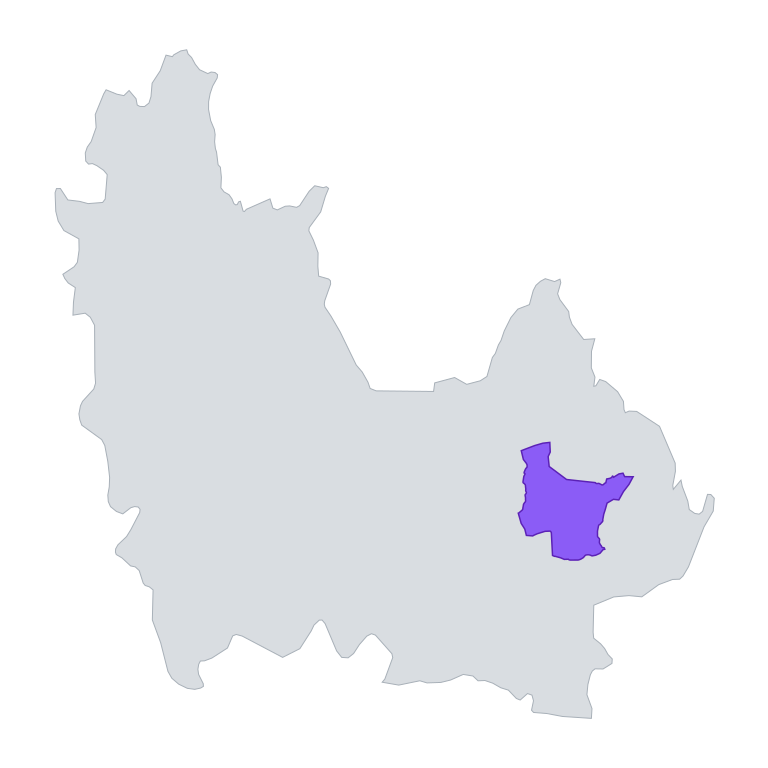 location of Télimélé within Guinea, rotated 181°
{"feature_id": "GIN-5660", "entity_name": "Télimélé", "entity_type": "Prefecture", "adm_level": 1, "iso_a3": "GIN", "parent_name": "Guinea", "parent_adm1": "", "projection": "equal_earth", "projection_center": [-13.393, 10.882], "detail": "fine", "context": "in_parent", "style": "filled", "palette": "violet", "viewbox_px": 768, "rotation_deg": 181, "n_neighbors": 0, "source": "natural_earth", "source_scale": "10m", "svg_char_len": 5791}
<svg xmlns="http://www.w3.org/2000/svg" viewBox="0 0 768 768"><g transform="rotate(181 384 384)"><path d="M481.4,560.4L474.5,559.1L471.4,560.9L462.2,575.4L456.7,581.0L448.1,579.2L445.1,580.3L442.8,578.6L445.9,570.7L450.3,555.0L461.5,539.1L461.8,535.8L457.1,526.6L452.2,514.0L452.2,500.5L451.2,490.7L441.2,488.0L439.4,486.3L439.1,483.0L444.7,466.2L445.1,462.8L444.4,459.8L438.3,451.1L428.7,435.2L412.1,402.5L406.0,395.6L400.1,385.6L397.8,379.3L391.7,377.0L334.3,377.4L333.3,386.0L313.5,391.7L301.3,385.1L287.8,388.9L281.2,393.3L276.1,412.4L273.2,416.5L270.3,425.0L267.7,429.7L264.7,439.1L258.3,452.6L251.5,461.2L240.0,465.9L236.4,480.1L233.8,485.3L229.4,489.4L224.6,492.1L215.2,489.4L209.9,491.9L209.0,488.4L212.0,477.2L209.6,471.4L200.6,459.7L199.8,454.1L197.0,446.9L185.1,432.0L174.0,432.9L177.1,420.4L177.0,403.7L173.2,394.6L174.2,385.4L172.1,385.9L168.4,392.3L162.4,390.3L150.3,380.4L144.3,370.8L143.6,362.6L142.2,359.5L138.5,361.2L130.9,361.0L107.8,346.5L91.5,310.0L91.1,301.8L93.5,287.6L92.9,283.7L85.4,293.1L84.0,286.8L78.2,272.2L76.6,263.8L71.0,260.0L66.6,259.4L63.2,262.2L58.6,279.3L55.3,279.2L51.8,275.5L52.6,262.7L61.5,246.8L76.4,206.5L81.7,197.2L85.0,194.0L92.1,193.6L105.8,188.2L122.5,175.7L135.4,176.7L150.6,175.1L170.4,166.5L170.6,139.5L169.9,133.5L162.9,128.0L158.8,123.4L155.3,117.4L151.0,113.1L151.2,108.6L160.0,102.9L168.0,102.9L170.7,100.7L172.6,96.9L174.9,87.1L175.7,76.9L170.4,63.1L170.8,53.3L199.7,54.7L215.7,57.4L228.7,58.2L230.8,60.4L229.0,69.9L230.6,75.5L235.1,77.0L242.3,70.4L246.2,71.9L254.3,80.1L261.9,82.3L270.1,86.8L277.9,89.3L284.8,88.9L290.0,93.6L299.7,95.0L312.2,89.2L322.0,86.6L335.8,85.9L343.0,87.9L364.0,83.2L380.6,85.8L378.0,89.0L370.5,110.6L371.4,114.5L388.2,132.8L392.2,134.1L396.8,131.6L404.0,123.1L409.7,114.0L415.1,109.6L421.5,109.9L426.7,116.3L438.7,143.4L441.8,146.9L444.6,146.8L449.8,141.7L452.5,135.8L463.5,117.9L480.6,108.9L521.4,129.5L527.4,131.0L530.9,129.5L535.9,117.3L551.3,107.0L558.6,104.1L562.8,103.8L564.4,100.5L565.1,95.5L564.3,90.4L559.5,81.2L559.3,78.5L562.0,76.8L567.9,75.4L575.4,76.3L584.0,80.3L591.0,86.1L595.0,92.9L602.8,121.5L611.5,144.0L611.3,174.1L615.1,177.1L619.3,178.4L621.3,180.8L625.5,193.2L629.5,196.8L634.2,197.7L643.0,205.6L648.7,208.8L649.6,211.2L649.4,214.5L647.2,218.6L638.7,227.0L634.5,234.1L626.0,251.2L625.7,254.4L627.6,256.7L631.2,257.1L635.0,255.9L642.9,249.6L649.3,251.9L655.3,256.6L657.6,261.6L658.2,268.1L656.9,276.4L656.7,285.8L658.8,301.8L662.1,317.7L665.3,323.5L685.5,337.6L687.5,342.9L688.5,348.8L687.1,356.9L685.1,361.4L674.1,373.9L672.4,379.8L673.3,390.9L674.4,437.7L678.8,445.6L684.0,449.6L696.2,447.4L695.9,460.4L694.3,475.0L701.5,479.5L705.0,483.9L707.0,488.1L695.9,495.8L692.7,500.3L691.2,512.5L691.6,523.8L706.7,531.8L712.6,541.2L715.2,551.0L716.2,569.5L714.9,573.7L711.0,573.8L703.3,562.5L691.6,561.3L683.0,559.2L668.5,560.6L666.0,564.0L664.4,588.5L668.0,592.7L674.9,597.3L679.4,599.3L683.2,598.7L686.1,601.7L686.7,609.8L684.8,615.7L681.0,621.3L676.3,635.4L677.4,648.4L669.3,669.2L667.0,673.3L656.1,669.1L649.1,667.8L644.0,673.0L636.9,664.9L635.6,658.6L633.0,657.3L628.3,657.2L623.9,660.8L622.0,667.3L621.1,680.7L613.2,693.3L607.7,709.0L601.3,707.6L599.9,709.5L593.0,713.5L587.1,714.7L585.6,710.5L582.1,707.1L578.3,700.4L573.9,695.0L565.6,691.3L562.3,692.9L558.4,692.5L555.8,690.4L556.1,687.1L560.5,678.9L562.9,671.4L564.3,663.2L564.2,655.4L561.9,644.3L558.1,635.6L557.2,630.5L557.6,623.3L556.7,616.5L555.5,613.0L553.7,600.3L551.4,597.9L550.2,587.8L550.5,577.3L547.3,573.3L542.2,570.5L539.2,566.4L537.3,561.8L535.5,560.5L533.9,560.8L532.5,563.6L530.8,564.2L527.9,554.4L526.6,554.0L524.6,556.3L501.2,567.1L498.2,557.9L493.7,556.2L485.9,560.0L481.4,560.4Z" fill="#d9dde1" stroke="#a8b0b8" stroke-width="1"/><path d="M239.0,235.1L240.7,241.4L244.4,247.0L247.5,257.2L247.0,257.4L243.7,260.3L243.2,261.0L243.0,261.7L243.0,262.4L242.8,263.4L242.4,266.2L241.3,268.0L240.6,268.7L240.4,269.4L240.4,270.1L240.5,270.8L240.5,272.6L240.6,273.3L240.9,274.7L241.0,275.5L240.7,276.2L240.0,276.9L239.8,277.6L239.7,278.1L239.9,278.6L240.2,279.0L240.4,279.5L240.5,280.1L240.4,281.5L240.5,282.2L240.7,283.6L240.8,285.0L241.0,285.6L241.2,286.0L241.9,286.7L242.3,287.1L242.7,287.3L243.1,287.7L243.3,288.2L243.3,288.9L242.7,293.3L242.5,294.3L242.1,295.1L241.6,296.0L241.5,296.7L241.7,297.1L242.1,297.2L242.4,297.5L242.3,298.3L241.2,301.1L240.7,302.0L240.2,302.6L239.7,303.1L239.5,303.7L239.5,305.1L239.6,305.8L239.8,306.3L240.1,306.7L240.3,307.2L243.3,310.9L245.6,319.7L242.2,321.1L232.2,325.1L224.1,327.6L217.2,328.5L216.9,323.5L216.6,318.9L218.6,314.3L217.4,304.4L199.8,291.7L181.2,290.0L171.1,289.1L170.2,288.3L169.2,288.2L167.5,288.4L166.7,288.1L164.3,286.9L163.4,287.0L162.6,287.5L162.0,288.3L161.3,288.8L160.5,289.1L159.7,292.9L156.3,293.7L155.9,293.9L154.8,294.5L154.4,295.0L154.2,295.6L153.9,295.9L153.4,295.7L152.8,294.8L147.5,298.2L143.5,299.0L141.8,295.6L133.3,295.6L137.3,287.9L142.7,280.6L147.2,272.2L152.6,272.7L158.9,268.8L160.6,262.3L162.0,257.7L162.9,252.2L162.8,251.0L163.1,250.3L164.9,248.2L165.6,247.4L166.5,246.9L166.8,246.6L167.0,246.1L167.9,241.2L168.0,240.0L167.9,237.4L167.9,236.4L167.9,235.6L167.7,235.0L166.7,233.8L166.3,233.5L166.0,233.1L165.7,232.3L165.9,229.6L165.8,228.8L164.7,226.9L164.0,226.1L163.2,224.6L162.8,224.3L161.7,224.2L161.1,224.1L160.8,223.8L160.4,222.6L162.1,222.2L163.7,220.2L165.1,218.5L169.3,216.5L172.7,215.8L173.4,215.9L173.8,216.0L174.2,216.3L174.7,216.5L176.3,216.8L177.4,216.8L178.8,216.6L179.6,216.3L180.2,215.7L180.8,214.9L181.8,213.8L184.0,212.4L185.4,211.8L186.7,211.4L194.5,211.2L195.4,211.3L196.2,211.6L196.7,212.0L200.7,211.8L204.4,213.3L209.8,214.7L210.7,214.7L211.1,214.9L212.5,215.5L214.1,238.3L214.3,238.8L215.2,239.7L215.8,239.8L220.4,239.5L228.3,236.9L231.7,235.3L232.6,234.7L239.0,235.1Z" fill="#8b5cf6" stroke="#5b21b6" stroke-width="1.5"/></g></svg>